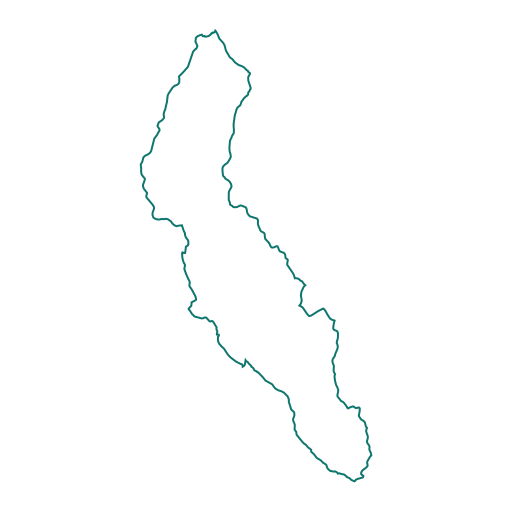 Prigor, Caras-Severin, Romania
{"feature_id": "2599482B98874847530715", "entity_name": "Prigor", "entity_type": "district", "adm_level": 2, "iso_a3": "ROU", "parent_name": "Romania", "parent_adm1": "Caras-Severin", "projection": "orthographic", "projection_center": [22.122, 44.996], "detail": "fine", "context": "isolated", "style": "outline", "palette": "teal", "viewbox_px": 512, "rotation_deg": 0, "n_neighbors": 0, "source": "geoboundaries", "source_scale": "gbopen_adm2", "svg_char_len": 6054}
<svg xmlns="http://www.w3.org/2000/svg" viewBox="0 0 512 512"><path d="M371.3,455.3L370.9,453.1L369.6,450.3L369.3,449.0L369.5,447.6L369.4,446.2L368.7,444.8L367.7,443.7L366.9,441.7L367.8,438.0L367.8,436.3L366.2,431.6L366.3,429.7L367.0,427.9L365.8,426.4L364.9,422.4L363.8,421.1L361.2,419.5L359.6,417.3L358.8,415.8L359.6,411.5L359.8,409.3L359.6,408.1L358.8,407.4L356.9,408.0L355.7,408.0L353.2,406.4L351.1,406.9L348.0,408.4L347.5,408.0L346.5,406.2L344.0,402.9L343.3,402.2L341.0,400.9L337.5,396.4L337.4,394.8L338.0,392.4L338.3,390.2L337.4,387.5L336.1,384.9L335.1,381.1L334.5,376.8L334.6,375.6L335.0,374.4L334.9,373.8L334.1,372.4L333.6,370.9L333.9,366.1L332.6,362.4L332.4,360.5L332.8,359.1L334.8,356.0L335.2,354.1L337.4,349.0L337.7,347.3L337.8,346.2L337.2,344.0L336.7,342.9L337.0,340.8L337.6,339.3L337.9,337.6L338.0,334.0L337.8,332.5L337.3,331.4L336.2,330.7L334.3,330.0L333.3,328.9L333.2,327.6L333.9,323.2L334.6,320.6L332.3,319.9L330.2,318.7L327.7,315.0L325.5,311.0L324.0,309.0L323.1,308.6L318.3,311.0L311.9,315.1L310.5,315.8L309.6,316.0L308.9,315.9L307.0,313.8L303.1,308.1L302.1,307.0L299.4,305.6L300.6,304.1L301.7,301.1L301.6,299.5L300.9,295.7L301.4,291.8L303.4,287.4L304.2,286.2L305.3,285.3L304.0,284.0L302.0,281.3L300.4,280.6L299.3,279.4L298.3,278.7L295.7,278.1L294.9,278.3L293.7,274.6L292.9,273.1L287.2,264.8L287.3,262.6L287.8,260.4L287.6,259.5L285.6,258.0L285.4,256.7L285.3,255.4L284.8,253.9L283.8,252.8L280.4,251.6L279.8,251.2L278.9,249.7L278.1,247.4L277.4,246.3L276.3,246.2L274.4,247.2L272.6,247.6L271.8,247.5L270.8,246.7L269.0,242.9L265.2,238.8L264.8,236.5L264.7,234.1L263.9,232.8L261.0,231.3L260.5,230.6L258.5,226.0L257.9,224.1L258.0,220.7L257.7,219.6L257.0,218.6L249.9,216.3L248.6,215.0L247.5,213.3L247.0,211.7L246.7,209.4L245.9,207.5L244.3,206.7L241.5,205.6L240.2,205.5L236.9,207.1L233.8,207.2L232.9,206.7L232.2,205.9L230.5,204.9L230.0,204.4L229.9,202.8L228.9,200.2L228.7,199.2L228.8,193.1L228.9,191.7L231.5,186.8L231.4,185.4L230.9,183.7L229.5,181.5L228.4,180.5L225.4,178.7L224.6,177.2L223.8,176.7L223.0,175.6L222.5,171.0L222.5,168.0L223.1,166.5L225.0,164.5L226.6,163.6L227.9,162.2L230.3,158.2L230.8,156.7L230.4,153.8L229.6,151.2L229.4,148.0L229.8,142.8L230.1,140.4L231.2,138.3L232.0,136.0L233.8,133.0L233.9,129.5L233.6,126.1L233.7,123.1L234.9,114.8L235.8,112.3L236.4,109.8L237.5,107.5L240.1,105.4L240.9,103.8L241.4,101.8L243.8,98.5L245.9,96.4L246.9,95.8L247.8,94.9L248.1,94.3L248.3,92.4L249.5,91.0L250.0,89.6L250.6,88.9L250.7,88.0L248.3,80.5L248.2,78.1L248.3,76.9L250.0,73.8L249.9,73.1L248.2,71.8L247.8,70.7L246.7,70.2L244.2,67.5L241.5,66.0L238.6,65.0L235.0,62.4L232.1,58.9L230.3,57.7L229.2,56.4L228.1,54.2L227.1,52.7L226.1,50.9L225.5,49.0L225.0,46.8L224.4,45.0L223.3,43.0L219.3,38.6L217.8,34.6L215.9,31.3L215.3,30.7L214.8,32.0L214.5,32.3L212.7,32.6L212.7,33.1L211.4,33.3L210.7,34.5L208.5,36.1L205.8,36.7L205.4,36.5L204.8,36.6L204.4,36.0L203.2,36.2L202.7,36.1L201.9,34.7L200.5,35.0L197.6,36.2L195.9,37.8L195.5,41.1L195.5,42.0L196.0,42.7L197.4,46.1L196.6,48.1L196.2,48.7L195.4,49.1L193.1,51.7L187.9,66.9L183.3,72.1L179.0,76.4L179.4,79.3L179.2,80.0L179.3,82.1L178.4,83.9L177.1,84.8L174.4,85.9L172.4,87.8L168.7,93.4L167.7,95.4L166.9,102.3L166.0,105.7L165.3,109.1L164.3,111.5L163.7,114.0L163.7,115.1L164.1,116.7L163.8,118.2L162.2,120.1L158.7,122.5L157.5,125.8L158.0,127.0L159.3,128.8L159.6,130.2L157.2,134.7L154.3,138.6L151.2,150.9L150.4,152.3L149.4,153.4L147.6,154.6L145.2,155.7L144.0,156.7L143.3,157.8L142.3,161.7L140.7,164.5L141.2,168.3L141.1,170.7L141.3,173.3L142.1,175.3L144.5,178.2L144.9,178.9L144.8,179.8L143.0,184.8L143.0,186.0L143.5,188.0L144.1,189.1L147.0,192.8L146.9,193.9L146.3,195.8L146.4,197.3L152.6,204.7L153.6,206.3L154.0,207.5L154.0,208.8L152.6,212.7L152.5,214.9L153.4,217.6L155.5,219.0L158.9,219.6L160.7,219.1L161.3,219.3L162.5,218.9L163.3,219.0L164.0,219.2L165.5,218.8L167.8,219.2L171.0,221.4L172.1,223.1L173.5,224.6L175.6,225.9L176.6,226.2L177.8,225.8L181.9,225.3L183.6,230.5L185.0,233.4L185.0,234.8L185.4,236.2L186.1,237.8L187.6,239.6L188.3,241.1L188.4,244.0L187.9,245.4L185.9,246.7L185.4,251.2L185.0,253.0L183.6,252.9L182.5,252.4L182.1,253.2L182.3,257.2L183.0,260.6L184.1,263.4L184.8,264.3L185.0,265.7L184.4,268.2L184.4,269.2L186.0,273.7L188.3,279.0L189.5,281.3L189.8,282.9L189.4,284.6L189.4,285.6L189.8,286.7L191.7,289.4L195.0,295.5L195.7,297.3L196.1,299.1L196.0,299.8L194.4,300.9L191.6,302.3L191.4,305.0L191.2,305.9L188.7,308.6L188.8,309.4L189.6,310.2L192.0,314.0L193.3,315.1L194.1,316.2L195.2,316.7L201.6,318.4L203.0,318.3L204.8,317.5L205.6,317.4L206.4,317.8L209.4,321.1L210.3,321.5L212.0,321.0L213.1,321.6L216.6,327.4L216.4,328.4L216.6,329.7L217.3,331.3L217.2,332.3L216.9,333.3L216.9,334.5L218.8,334.7L218.9,335.4L218.8,335.8L218.0,336.8L217.9,340.2L218.2,341.6L219.3,343.9L222.1,347.0L223.7,348.3L228.0,354.8L230.5,357.4L236.2,361.7L240.3,363.8L241.9,364.3L242.6,365.3L242.7,366.7L243.7,366.1L244.5,365.3L244.9,364.4L245.6,360.2L246.3,361.2L247.7,362.0L248.9,363.7L251.2,365.8L251.2,366.4L251.6,367.0L252.3,367.3L253.5,368.4L254.0,369.8L254.8,370.6L256.8,371.4L257.0,371.9L257.5,372.3L258.1,372.3L262.9,377.3L265.5,380.6L271.5,383.9L272.5,384.7L273.8,386.7L275.3,388.5L278.3,390.3L281.5,391.3L284.0,392.7L287.5,396.2L288.5,398.3L288.9,400.2L288.8,402.1L289.6,404.2L291.0,408.9L291.7,410.1L293.7,411.7L294.2,412.5L294.4,415.3L293.1,419.1L293.1,420.1L293.4,421.3L294.2,423.0L294.8,425.0L294.6,428.8L294.7,429.8L296.2,431.8L296.5,434.2L296.9,435.1L302.9,442.5L304.3,443.8L305.9,444.8L308.2,447.6L309.8,448.6L311.1,449.8L311.3,451.9L313.8,454.0L316.7,457.9L320.7,460.3L323.4,463.0L324.8,463.7L326.1,464.8L326.5,465.2L326.8,466.7L327.8,468.8L328.7,469.6L330.5,471.1L331.4,471.0L333.2,471.6L335.2,471.4L336.5,472.1L337.4,472.8L337.9,473.6L339.1,473.3L342.6,474.3L343.9,474.4L346.5,476.4L346.7,477.0L348.8,477.8L349.9,478.5L351.3,479.9L354.4,481.3L355.2,480.8L355.9,479.7L357.1,479.1L362.9,477.4L363.2,476.6L363.3,475.7L362.1,475.1L361.3,474.2L361.1,473.9L361.2,472.5L362.2,470.7L363.8,469.3L365.2,468.4L367.4,466.3L367.6,465.4L367.1,462.4L367.6,460.9L370.0,456.8L371.3,455.3Z" fill="none" stroke="#0f766e" stroke-width="2"/></svg>